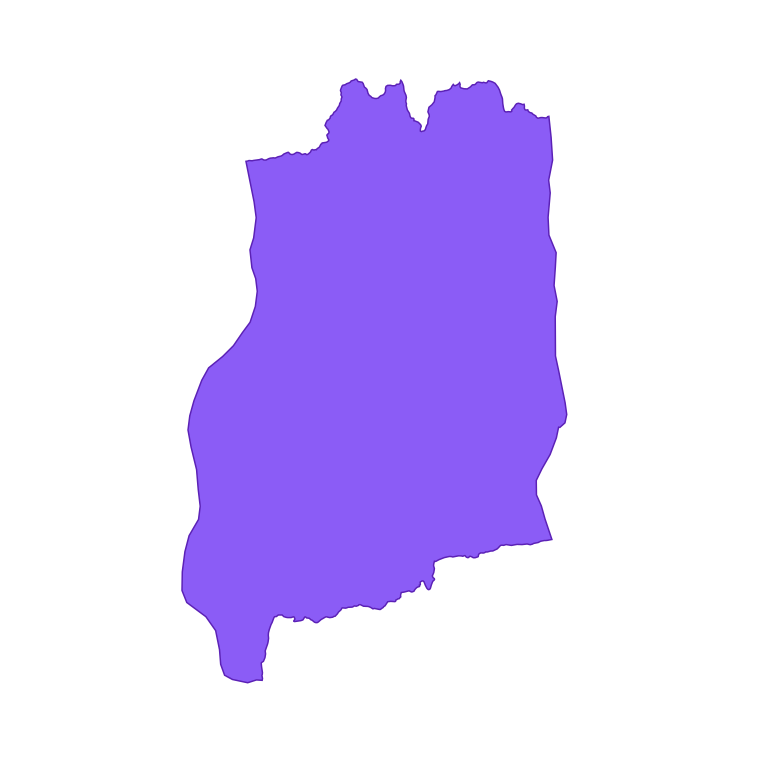 the district of Adobha, Semenawi Keyih Bahri, Eritrea, rotated 8°
{"feature_id": "51966322B26139601177216", "entity_name": "Adobha", "entity_type": "district", "adm_level": 2, "iso_a3": "ERI", "parent_name": "Eritrea", "parent_adm1": "Semenawi Keyih Bahri", "projection": "albers", "projection_center": [38.096, 17.204], "detail": "fine", "context": "isolated", "style": "filled", "palette": "violet", "viewbox_px": 768, "rotation_deg": 8, "n_neighbors": 0, "source": "geoboundaries", "source_scale": "gbopen_adm2", "svg_char_len": 6044}
<svg xmlns="http://www.w3.org/2000/svg" viewBox="0 0 768 768"><g transform="rotate(8 384 384)"><path d="M510.0,96.0L508.8,96.5L508.3,97.6L506.9,98.1L503.9,98.1L502.3,98.3L499.5,99.4L497.8,98.7L497.1,97.5L493.7,96.0L492.7,95.1L490.4,94.8L488.9,93.8L488.2,92.5L486.4,93.0L485.5,92.8L484.6,91.4L484.4,89.2L483.8,87.5L482.3,88.0L480.4,87.5L477.9,87.3L476.2,88.1L475.3,89.5L474.2,92.1L473.4,93.1L472.2,95.0L472.6,95.9L471.7,96.9L468.9,97.0L468.1,97.4L466.6,97.6L465.5,97.2L464.5,95.5L463.7,93.4L462.6,89.8L461.6,85.1L460.9,83.5L459.2,80.5L457.5,76.9L455.6,74.2L452.2,70.8L449.6,69.8L447.6,69.4L445.1,69.2L443.9,71.3L443.0,71.7L440.5,71.4L439.5,72.0L435.2,71.9L434.0,72.6L432.7,74.6L431.4,75.2L430.3,75.3L429.3,76.1L428.5,77.5L425.4,80.2L422.2,80.5L418.9,80.1L418.0,79.2L417.7,78.2L417.7,76.6L416.9,75.1L416.1,76.4L414.2,78.0L412.9,78.7L411.9,78.6L410.9,77.7L409.7,79.9L409.3,81.5L407.8,83.3L405.5,84.5L403.3,85.1L402.7,85.5L399.6,86.5L397.3,86.6L396.2,86.9L395.2,90.3L394.4,91.4L394.7,93.3L394.5,97.5L392.6,100.8L390.0,103.7L389.6,108.4L391.3,111.2L391.6,112.8L391.1,114.7L390.9,115.9L391.1,120.3L390.3,122.1L389.9,123.8L389.5,126.4L388.3,127.9L387.1,128.2L386.0,128.8L384.9,128.6L384.6,127.4L384.6,125.3L385.0,123.8L384.6,122.6L383.2,121.3L381.4,120.0L377.7,119.1L377.0,119.1L376.8,117.4L376.1,116.8L374.1,116.9L373.4,116.4L372.6,115.3L371.5,112.4L369.0,109.4L367.3,105.3L367.2,103.2L366.5,102.0L366.2,100.5L366.3,97.2L365.6,95.1L363.5,91.7L362.9,90.3L361.9,86.3L361.2,84.8L359.7,82.2L358.4,80.9L358.0,82.2L358.1,84.0L357.1,85.0L354.6,85.5L353.9,86.8L353.1,87.1L351.2,87.5L348.7,87.3L346.0,87.8L344.6,89.0L344.3,91.2L344.7,93.0L344.6,94.9L343.7,96.9L342.4,98.2L340.8,98.9L339.6,100.1L338.6,101.6L336.6,102.4L334.8,102.5L332.2,102.1L331.0,101.1L329.1,100.1L327.7,98.3L326.2,94.7L324.8,93.5L323.3,92.7L321.5,89.3L320.4,88.2L316.3,88.1L314.5,86.1L313.3,86.0L312.3,87.0L309.3,88.5L308.5,89.9L307.6,90.6L305.1,91.9L304.0,93.0L301.6,93.9L301.0,94.8L300.1,98.5L300.1,99.6L301.2,101.5L301.1,103.7L302.1,105.0L302.4,105.8L302.0,107.6L302.2,109.8L301.1,112.4L301.0,114.3L299.5,117.4L298.9,119.3L297.6,121.1L296.7,121.8L295.7,124.5L294.1,125.9L293.7,126.7L293.6,128.3L292.3,130.2L291.2,130.7L290.3,133.1L289.6,136.2L292.2,139.0L293.0,139.5L294.5,142.0L294.4,143.2L293.0,145.0L292.8,145.6L293.6,147.2L293.9,148.1L295.3,149.8L295.3,150.9L293.5,152.6L289.2,153.9L288.9,154.7L288.1,155.4L287.0,158.5L285.0,160.3L284.5,161.4L283.3,161.5L282.1,162.1L280.4,161.8L279.6,162.4L278.8,164.7L276.9,166.9L275.8,167.6L275.0,167.5L274.5,167.0L273.7,167.0L271.4,168.0L270.6,168.1L268.6,167.0L266.6,166.7L265.3,166.8L262.6,169.0L261.3,169.5L260.2,169.6L259.1,169.4L258.1,168.6L257.1,167.9L256.3,168.1L252.9,170.1L251.2,172.0L250.1,172.7L247.3,173.8L244.8,175.4L243.1,175.4L239.9,176.2L238.5,176.9L236.1,178.6L234.3,178.9L233.5,178.8L232.0,178.2L231.3,178.2L229.3,179.2L223.6,180.8L222.3,181.3L219.2,181.5L217.9,182.2L216.3,182.7L230.0,221.7L234.3,237.1L234.6,257.5L232.6,269.8L237.0,287.2L242.3,297.5L245.6,309.8L245.8,325.1L242.8,341.5L236.7,352.7L229.6,367.0L220.4,379.2L208.1,392.4L203.0,405.7L198.1,427.2L196.1,442.5L196.3,456.8L201.7,473.2L210.3,494.8L214.7,514.2L219.0,530.6L219.2,543.9L212.1,561.3L210.2,577.7L210.4,598.1L212.7,616.6L219.1,627.8L240.0,639.2L251.6,651.6L258.1,670.0L261.3,684.4L266.7,694.6L275.0,697.7L290.6,698.8L298.9,694.8L304.6,694.4L304.7,692.6L303.7,689.6L303.9,688.3L303.8,686.7L302.1,681.0L301.3,677.6L301.4,677.0L303.2,675.4L304.2,671.6L304.3,667.8L303.5,664.8L304.9,657.7L305.1,655.7L305.1,651.9L304.4,649.0L304.2,646.5L304.6,643.0L305.6,638.0L306.4,635.7L307.5,630.7L308.0,629.7L309.9,629.2L311.4,627.5L315.2,626.9L317.2,628.3L319.7,628.7L321.4,628.7L324.6,628.2L326.1,627.4L326.9,627.1L327.3,627.2L328.3,628.6L328.5,629.2L327.6,631.2L327.7,631.5L328.5,631.7L334.6,629.9L335.8,629.3L336.6,628.8L337.7,626.3L338.0,625.8L338.5,625.6L339.1,625.8L339.8,626.4L342.6,626.4L344.3,627.6L345.8,628.0L348.2,629.5L349.5,629.8L350.3,629.7L351.0,629.6L352.0,628.9L354.4,626.1L358.6,622.8L359.9,622.5L360.4,622.7L362.8,622.9L365.8,622.0L366.5,621.2L367.9,620.8L369.9,618.0L370.6,616.3L372.7,613.8L373.5,612.0L373.7,611.6L374.1,611.5L377.2,611.3L378.2,610.9L379.6,610.1L383.4,609.4L384.2,609.0L385.5,607.9L387.5,607.9L389.5,606.8L390.0,606.0L391.3,605.8L394.6,606.9L398.9,606.5L400.1,606.6L401.9,607.1L404.3,608.2L405.7,607.6L410.8,607.9L411.9,607.7L412.9,606.6L414.3,605.4L414.7,604.5L415.9,603.5L418.0,599.1L420.9,598.3L425.1,598.0L425.7,597.5L425.9,596.2L426.6,595.8L427.6,594.9L428.9,594.5L429.3,593.8L429.4,593.4L430.2,592.5L429.8,590.7L430.1,588.1L433.0,587.2L437.6,585.3L440.0,586.1L441.0,585.9L442.2,585.2L442.8,584.6L442.9,583.8L443.8,582.3L444.8,581.0L445.9,580.2L447.0,579.8L447.3,579.5L447.4,579.2L447.0,578.3L447.7,578.0L447.9,577.6L447.4,575.2L447.6,574.8L447.9,574.7L449.0,573.8L450.0,573.6L451.0,574.1L452.9,577.5L454.8,580.2L455.7,581.0L456.5,581.4L457.1,581.4L458.1,580.6L458.4,579.7L458.9,576.2L459.6,573.2L460.0,572.3L461.0,571.1L461.2,570.4L460.9,569.7L459.6,568.9L459.1,568.3L458.6,567.3L459.5,563.9L459.6,561.2L459.6,559.8L458.4,557.1L458.3,555.2L458.6,552.5L459.9,552.5L462.9,550.3L467.9,547.5L472.7,545.7L474.5,545.5L476.2,545.7L481.7,543.8L484.2,543.5L486.1,543.6L487.2,542.9L488.0,542.7L488.3,542.8L489.0,543.5L489.7,544.0L491.0,544.3L492.0,544.0L492.6,542.9L493.3,542.6L494.5,542.8L496.6,543.6L498.3,543.4L501.0,542.1L501.3,541.7L501.4,539.6L502.0,538.8L503.2,537.8L506.2,537.5L507.3,536.9L508.0,536.2L509.9,535.9L512.8,534.6L515.0,534.2L519.1,531.5L521.9,527.6L523.1,527.2L525.0,527.1L527.2,526.0L532.6,526.1L538.1,524.3L543.0,523.8L548.0,522.5L551.1,522.8L553.1,522.0L554.5,521.0L558.8,519.5L561.0,517.9L564.5,516.7L565.9,516.5L567.5,516.1L571.9,514.6L562.2,495.2L556.8,482.9L550.4,472.6L548.2,458.3L552.2,446.0L558.3,430.7L562.2,413.3L562.9,402.5L564.2,402.5L568.6,397.3L569.2,388.8L566.0,377.5L555.2,346.8L549.9,332.4L544.2,293.5L544.0,278.1L538.7,262.8L537.4,244.3L536.2,230.0L526.6,213.6L523.3,196.2L522.0,171.6L518.7,159.3L519.8,138.8L515.1,116.3L510.0,96.0Z" fill="#8b5cf6" stroke="#5b21b6" stroke-width="1.5"/></g></svg>